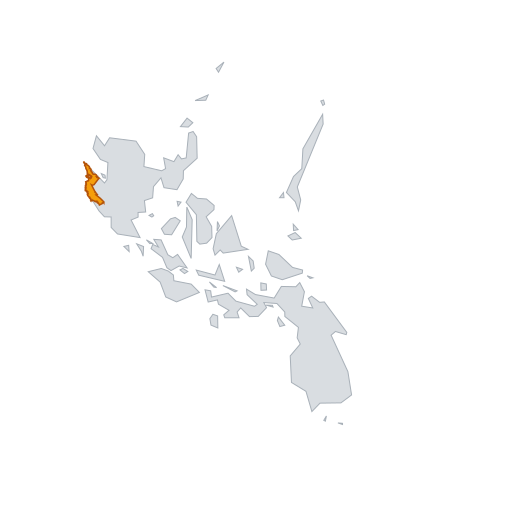 location of Davao Oriental, Davao Oriental, Philippines, rotated 155°
{"feature_id": "2640588B31007762864019", "entity_name": "Davao Oriental", "entity_type": "district", "adm_level": 2, "iso_a3": "PHL", "parent_name": "Philippines", "parent_adm1": "Davao Oriental", "projection": "albers", "projection_center": [126.307, 7.136], "detail": "fine", "context": "in_parent", "style": "filled", "palette": "amber", "viewbox_px": 512, "rotation_deg": 155, "n_neighbors": 0, "source": "geoboundaries", "source_scale": "gbopen_adm2", "svg_char_len": 8381}
<svg xmlns="http://www.w3.org/2000/svg" viewBox="0 0 512 512"><g transform="rotate(155 256 256)"><path d="M241.1,87.0L260.2,95.6L271.1,91.4L267.9,112.2L277.3,126.4L267.2,151.0L253.1,157.5L253.3,164.4L247.7,173.4L255.4,189.0L253.6,193.1L257.1,204.1L268.6,210.5L268.3,204.7L279.5,200.3L287.5,203.8L291.8,215.4L296.8,213.2L297.5,207.2L310.4,213.2L310.1,216.3L303.4,218.2L310.4,228.2L309.5,232.5L318.8,234.5L316.5,246.9L311.8,243.6L313.7,237.6L297.1,234.1L293.3,223.6L278.6,211.1L275.3,211.7L280.4,224.7L278.6,230.0L272.8,221.3L257.3,210.2L245.9,217.7L232.9,211.3L227.6,213.4L227.2,203.2L235.8,191.2L226.5,184.9L226.5,195.4L222.6,196.1L217.9,187.1L213.5,185.5L206.0,148.4L207.5,146.6L215.9,154.0L221.4,152.5L221.6,112.3L228.1,89.7L241.1,87.0ZM353.3,321.7L372.2,334.5L375.2,343.1L370.8,352.6L376.8,355.6L379.2,363.1L382.5,388.5L372.2,399.0L372.1,413.5L362.5,386.2L358.9,388.1L350.7,403.3L356.2,409.3L358.3,422.3L349.8,432.4L346.7,419.9L338.7,425.0L316.2,410.8L313.9,395.1L319.8,384.4L305.5,373.1L301.0,373.4L298.2,384.0L290.5,376.2L283.8,380.7L282.5,375.5L277.8,374.4L265.1,395.9L260.4,395.4L259.4,389.2L268.0,369.5L285.7,364.0L289.4,356.6L299.6,349.5L310.5,356.8L309.1,367.0L319.6,362.2L325.1,352.4L333.7,353.4L337.4,342.5L344.5,345.3L346.4,341.1L354.0,341.4L353.3,321.7ZM296.7,334.3L288.1,340.0L284.7,333.0L276.8,328.6L272.6,319.5L274.5,315.8L284.6,312.6L283.7,301.5L288.1,291.3L295.3,288.5L301.9,290.5L303.4,294.3L292.6,318.6L296.7,334.3ZM347.4,248.0L355.1,257.0L353.9,272.8L360.3,287.3L347.1,284.7L341.9,279.5L338.9,273.7L340.9,268.3L326.6,257.9L322.7,246.9L347.4,248.0ZM260.4,265.4L284.5,272.5L285.9,276.6L292.8,274.1L291.8,280.7L282.5,293.0L261.0,302.9L265.2,271.1L260.4,265.4ZM168.2,333.3L135.7,356.3L139.4,347.2L189.4,301.1L191.8,287.9L198.4,279.0L197.5,288.6L201.6,300.7L188.4,312.2L177.6,315.8L168.2,333.3ZM221.3,220.9L242.2,223.4L250.5,231.4L250.8,244.5L242.7,255.5L234.6,247.7L227.7,230.2L219.7,223.6L221.3,220.9ZM329.9,279.4L339.2,278.7L341.7,283.0L341.3,294.3L348.0,307.0L344.7,310.1L340.6,305.4L341.6,314.3L335.2,310.7L335.4,294.4L332.1,289.6L326.4,290.6L323.5,274.3L329.9,279.4ZM298.0,329.6L298.5,315.9L315.8,281.2L314.8,304.4L306.8,311.6L298.0,329.6ZM330.2,320.8L317.8,325.8L312.9,325.1L309.8,319.9L323.5,310.9L329.8,314.4L330.2,320.8ZM295.1,246.3L316.0,262.8L316.1,268.5L301.2,256.1L292.9,263.8L295.1,246.3ZM324.3,218.7L319.7,221.4L316.1,217.9L321.0,206.9L326.0,212.4L324.3,218.7ZM269.8,405.2L260.2,410.1L256.9,403.5L262.9,401.5L269.8,405.2ZM207.5,253.0L216.4,255.2L218.6,260.7L210.6,260.7L207.5,253.0ZM260.8,220.7L266.0,222.8L263.0,229.6L258.5,226.3L260.8,220.7ZM235.7,418.4L245.5,422.6L231.3,422.2L235.7,418.4ZM359.0,317.5L353.9,312.1L358.4,303.5L357.9,308.7L359.0,317.5ZM266.6,244.3L263.0,258.8L260.7,252.7L262.8,245.7L266.6,244.3ZM212.3,438.4L212.9,442.8L203.1,445.3L212.3,438.4ZM264.2,182.0L263.9,188.5L261.5,191.2L259.2,181.1L264.2,182.0ZM280.7,295.2L276.4,303.5L276.4,298.7L280.7,295.2ZM211.2,263.2L208.8,269.1L206.7,262.1L211.2,263.2ZM330.8,275.5L327.5,275.6L324.3,270.8L328.2,270.3L330.8,275.5ZM278.5,248.6L278.5,254.1L273.8,249.6L278.5,248.6ZM371.7,320.5L366.9,319.5L369.1,313.6L371.7,320.5ZM290.1,232.3L298.5,243.2L287.9,232.4L290.1,232.3ZM210.0,298.9L204.3,301.9L206.0,297.0L210.0,298.9ZM305.5,334.2L304.4,338.9L301.2,336.5L305.5,334.2ZM307.4,245.7L309.2,252.2L305.1,244.0L307.4,245.7ZM131.8,369.1L128.9,368.8L129.6,364.6L131.8,364.2L131.8,369.1ZM335.8,338.0L332.0,338.2L331.7,335.7L333.9,335.3L335.8,338.0ZM361.4,396.1L358.7,393.1L359.6,390.2L361.4,391.6L361.4,396.1ZM216.5,212.8L218.0,216.5L213.7,212.2L216.5,212.8ZM347.0,312.1L348.5,317.0L344.4,311.1L347.0,312.1ZM264.0,78.4L259.8,81.3L262.9,77.0L264.0,78.4ZM267.7,207.3L262.0,204.4L262.1,202.5L267.7,207.3ZM248.8,66.7L252.3,70.1L248.3,67.8L248.8,66.7Z" fill="#d9dde1" stroke="#a8b0b8" stroke-width="1"/><path d="M371.3,368.7L371.0,369.2L371.7,371.2L371.7,371.5L372.0,371.8L372.6,373.8L375.2,379.0L373.9,378.8L374.5,381.2L374.8,381.6L374.5,381.7L374.8,383.2L375.0,390.0L374.5,389.3L372.6,389.1L369.6,390.7L367.5,391.8L366.5,392.3L366.3,392.5L366.2,392.6L365.9,392.6L366.0,392.7L365.9,392.8L365.7,393.1L366.0,393.3L366.1,393.5L365.9,393.4L365.8,393.6L365.7,393.6L365.8,393.8L366.1,393.9L366.3,394.1L366.6,394.3L366.6,394.5L366.8,394.6L366.7,394.7L366.8,394.7L366.7,394.9L366.8,395.1L366.7,395.2L366.8,395.3L366.7,395.3L366.6,395.7L366.4,396.4L366.5,396.7L366.5,397.0L366.8,397.4L367.3,398.1L367.5,398.1L367.7,398.4L368.1,398.6L368.5,398.6L368.9,398.8L369.1,399.0L369.2,399.3L369.0,399.8L369.3,399.9L369.4,400.3L369.3,401.0L369.1,401.1L369.1,401.4L369.2,401.7L369.3,401.8L369.5,401.8L369.7,402.1L369.7,402.3L369.5,402.5L369.3,403.2L369.5,403.3L369.6,403.6L369.1,403.8L369.0,404.1L368.9,404.4L369.0,404.9L369.1,405.0L369.3,405.7L369.4,405.8L369.6,405.8L369.4,406.0L369.5,406.2L369.4,406.4L369.4,406.6L369.5,406.6L369.4,406.8L369.5,407.0L369.3,407.3L369.3,407.6L369.6,408.2L369.6,408.5L369.8,408.9L370.0,409.1L370.1,409.3L370.3,409.4L370.2,409.6L370.5,410.0L370.8,410.1L371.1,410.6L371.0,411.0L370.9,411.3L370.7,411.4L371.0,411.7L371.3,411.8L371.6,411.8L371.5,412.0L371.7,412.3L371.9,412.4L372.1,412.7L372.1,413.1L372.1,413.4L372.1,413.6L372.0,413.8L372.1,414.0L372.2,414.3L372.1,414.5L372.3,414.2L372.5,414.0L372.5,413.5L372.6,413.1L372.3,412.6L372.4,412.1L372.3,411.4L372.7,410.4L373.0,410.4L373.0,410.2L372.8,409.3L372.7,408.2L372.8,408.0L373.0,407.9L373.1,407.7L373.2,407.1L373.1,406.9L373.2,406.3L373.0,405.9L373.1,405.3L373.0,405.2L372.9,404.8L373.0,404.5L373.2,404.4L373.2,404.1L373.2,403.9L373.4,403.7L373.6,403.4L373.5,403.2L373.6,402.5L373.8,402.3L373.8,402.0L374.0,401.7L373.8,401.3L373.7,401.3L373.2,400.7L372.6,400.0L372.5,399.6L372.2,399.4L371.7,398.5L371.5,398.1L371.3,398.0L371.3,397.8L371.2,397.6L371.3,397.5L371.6,397.8L371.7,398.0L371.8,398.0L371.9,398.4L372.0,398.3L372.1,398.1L372.3,398.2L372.1,397.9L372.0,398.0L371.9,397.9L371.9,397.7L372.0,397.4L372.1,397.1L372.0,396.9L372.0,396.7L372.3,396.4L372.6,396.3L373.0,396.5L373.3,396.8L373.4,396.7L373.3,396.8L373.4,396.7L373.4,396.9L373.5,396.9L373.4,396.8L373.5,396.8L374.1,397.4L374.0,397.2L373.9,397.0L374.0,397.0L374.2,397.3L374.2,397.7L374.5,398.2L375.1,398.8L375.1,399.0L374.9,399.2L374.6,399.3L374.8,399.5L374.7,399.7L374.7,399.8L375.0,400.0L375.1,400.3L375.4,400.4L376.1,400.5L376.4,400.4L376.4,400.2L376.3,399.9L376.2,399.8L376.3,399.5L376.2,398.9L375.7,398.3L375.3,398.1L374.8,397.7L374.7,397.4L374.6,397.2L375.1,396.8L375.2,396.7L375.3,396.2L375.5,395.7L375.9,395.1L376.1,395.0L376.5,395.0L376.8,395.3L377.3,395.2L377.7,395.3L377.8,395.3L378.0,395.1L378.4,395.0L378.6,395.1L378.8,395.1L379.0,395.2L379.1,394.9L378.9,394.7L379.0,394.3L379.1,394.0L379.0,393.9L379.1,393.6L379.5,393.5L379.7,393.4L379.5,392.8L379.6,392.7L379.8,392.4L379.7,392.3L379.9,392.1L380.1,391.9L380.4,392.1L380.5,391.8L380.8,391.8L380.8,391.3L380.9,391.2L381.1,391.2L381.0,390.7L381.1,390.2L381.3,390.1L381.2,389.9L381.2,389.6L381.3,389.5L381.6,389.5L382.0,389.7L382.0,389.4L382.2,389.1L382.0,388.9L382.3,388.7L382.5,388.6L382.6,388.3L382.8,388.0L382.9,387.9L383.1,387.4L382.9,387.2L382.5,387.4L382.4,387.3L382.1,387.4L381.9,387.2L381.7,386.8L381.8,386.6L382.0,386.4L382.2,386.2L381.7,385.7L381.8,385.7L381.8,385.4L381.8,385.2L382.1,384.7L382.3,384.7L382.3,384.4L381.8,384.5L381.8,384.4L381.6,384.1L381.6,383.7L381.9,383.2L382.3,383.2L382.8,383.1L382.9,382.9L382.8,382.7L382.8,382.3L382.9,382.2L382.9,381.4L382.6,380.9L382.5,380.4L382.3,380.1L382.5,380.1L382.5,379.9L382.3,379.8L382.1,379.9L381.9,379.7L382.0,379.4L381.9,379.0L382.1,378.9L382.4,379.0L382.4,378.9L382.3,378.6L382.0,378.6L381.7,378.1L381.8,377.7L381.7,377.4L381.9,377.2L381.7,377.0L381.8,376.8L381.7,376.6L381.9,376.3L381.8,376.2L382.0,376.2L381.9,376.0L382.0,376.0L382.1,375.9L382.1,376.1L382.2,375.9L381.9,375.9L381.9,376.1L381.9,375.9L381.8,375.7L381.9,375.8L381.9,375.7L381.6,375.7L381.2,375.4L380.8,375.6L380.8,375.4L380.5,375.5L380.0,375.1L379.2,374.1L379.1,373.9L378.9,373.5L378.4,373.5L378.2,373.3L378.3,373.1L377.2,373.0L377.3,372.8L377.1,372.7L377.0,372.4L377.2,372.2L377.3,372.0L377.1,372.0L377.1,371.9L376.7,371.7L376.8,371.3L376.6,371.2L376.6,370.9L376.8,370.6L376.5,370.5L376.4,370.3L376.4,368.4L373.1,368.5L372.8,368.7L372.6,368.7L372.6,368.8L372.4,368.8L372.5,369.0L372.4,369.0L372.2,368.9L371.9,368.8L371.5,369.0L371.3,368.9L371.3,368.7ZM373.9,400.5L374.1,400.8L374.4,401.0L374.4,400.8L374.2,400.6L373.9,400.5Z" fill="#f59e0b" stroke="#b45309" stroke-width="1.5"/></g></svg>